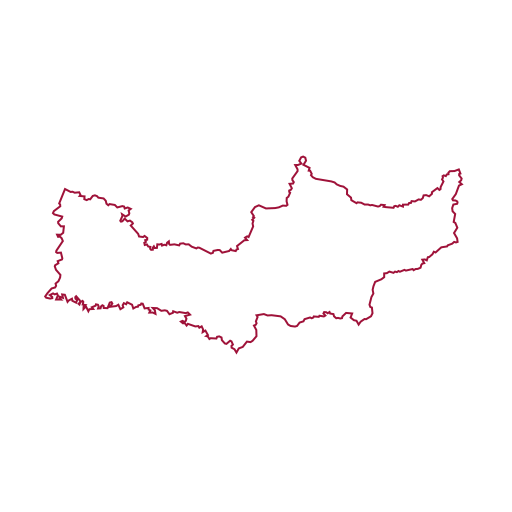 Pinheiro Machado, Rio Grande do Sul, Brazil (Natural Earth projection), rotated 262°
{"feature_id": "56859067B26662322490068", "entity_name": "Pinheiro Machado", "entity_type": "district", "adm_level": 2, "iso_a3": "BRA", "parent_name": "Brazil", "parent_adm1": "Rio Grande do Sul", "projection": "natural_earth1", "projection_center": [-53.403, -31.408], "detail": "fine", "context": "isolated", "style": "outline", "palette": "rose", "viewbox_px": 512, "rotation_deg": 262, "n_neighbors": 0, "source": "geoboundaries", "source_scale": "gbopen_adm2", "svg_char_len": 6064}
<svg xmlns="http://www.w3.org/2000/svg" viewBox="0 0 512 512"><g transform="rotate(262 256 256)"><path d="M163.1,223.2L166.9,226.1L167.8,230.2L172.5,235.1L171.5,238.6L172.5,240.8L176.5,245.3L182.7,246.0L187.4,244.3L187.9,246.1L189.3,247.2L191.3,246.8L195.4,249.1L197.2,248.3L197.4,255.7L195.5,259.2L195.2,263.2L192.8,272.0L189.4,275.7L183.7,278.2L181.9,280.5L180.7,284.8L181.0,286.9L184.0,289.9L184.7,293.9L186.7,295.3L187.6,301.0L186.6,302.5L187.1,304.2L188.1,304.8L187.0,309.7L188.0,310.5L186.7,314.8L187.4,316.4L189.7,314.8L191.0,315.7L190.5,317.8L189.3,319.0L190.3,321.0L188.7,321.4L187.7,324.6L185.4,324.9L183.2,326.8L183.3,328.6L182.4,330.7L182.5,332.5L184.2,333.2L187.1,337.3L185.7,343.2L181.9,341.1L178.8,344.0L177.9,346.5L173.8,348.1L176.4,350.5L178.5,354.7L178.1,356.2L180.3,361.5L183.1,363.4L188.8,363.6L189.6,362.1L192.0,361.6L199.3,364.6L202.5,367.0L206.3,366.8L209.7,368.1L213.8,370.4L215.5,376.9L217.2,380.0L220.9,380.5L220.8,383.2L222.0,385.9L220.2,389.8L221.2,391.5L220.4,393.3L221.3,395.0L220.4,396.3L221.6,401.1L220.7,402.4L221.3,409.3L220.0,410.1L220.9,412.3L220.7,414.3L221.5,417.3L224.3,418.5L225.3,419.7L225.5,421.6L229.2,420.2L229.1,422.7L227.9,424.5L230.9,426.0L230.9,427.4L233.2,431.0L235.5,432.7L234.5,434.3L238.8,440.7L238.9,446.6L239.9,447.4L240.9,452.0L242.4,454.2L241.6,455.9L241.9,457.6L245.5,457.6L251.2,455.3L256.0,459.3L261.0,458.0L262.2,456.5L269.9,459.1L272.9,456.9L276.1,456.9L279.5,458.6L279.7,462.4L280.8,463.0L282.0,462.9L283.2,461.3L283.7,458.8L285.1,458.3L289.5,462.5L297.5,466.8L298.4,469.8L301.0,467.6L302.4,469.7L304.1,470.4L307.6,468.4L308.9,468.6L309.2,469.9L313.5,468.9L312.5,464.4L313.0,459.7L311.7,458.1L310.2,458.0L310.2,456.3L308.7,455.1L309.7,453.2L309.1,451.9L307.5,452.0L306.0,450.9L303.7,452.0L298.7,448.5L296.5,448.0L295.9,446.8L298.0,445.1L294.7,439.1L293.1,438.9L291.0,435.8L292.6,433.0L292.7,430.4L290.1,429.2L288.7,427.1L289.4,424.9L287.9,421.0L288.7,417.7L287.0,416.8L287.2,415.0L285.7,413.9L286.4,408.7L284.5,408.4L286.3,405.0L285.0,403.3L286.2,401.3L286.1,399.9L284.6,398.9L286.3,391.5L287.0,389.2L288.5,390.4L289.4,386.9L288.2,385.4L288.0,383.7L290.4,378.0L290.3,376.2L291.4,374.1L291.8,370.8L294.1,367.6L295.0,364.0L294.3,362.9L298.0,358.2L300.6,358.2L304.5,354.7L309.2,355.5L312.5,352.3L313.7,349.1L315.7,345.9L317.9,344.1L319.4,340.9L324.1,326.0L326.1,323.2L328.4,321.7L329.6,322.6L332.9,321.5L333.2,320.1L335.8,321.3L339.7,315.7L343.4,318.8L346.5,318.5L347.9,316.5L347.4,314.4L344.2,312.1L341.2,313.8L340.3,310.3L340.6,307.5L336.1,309.2L334.3,309.0L327.7,302.7L326.1,302.6L323.9,303.7L322.6,302.8L322.8,299.3L318.1,300.9L316.8,299.9L316.2,298.0L314.9,297.8L313.9,298.6L310.2,296.3L309.2,294.5L305.9,293.9L302.3,294.3L301.5,292.9L302.2,289.6L301.0,285.4L300.8,281.6L301.7,272.5L305.8,265.9L304.6,261.8L300.1,257.4L295.9,259.4L294.9,258.5L294.1,259.5L292.4,257.3L291.2,258.3L288.7,257.1L285.7,257.3L275.8,251.3L276.7,250.0L275.7,247.7L273.0,249.4L273.2,246.6L268.5,238.6L265.4,239.1L265.1,237.6L263.7,236.6L265.2,232.5L266.4,232.0L264.7,230.1L264.0,223.0L266.9,220.9L267.3,219.0L267.0,214.6L265.1,213.7L264.7,211.6L272.1,201.0L272.5,199.5L271.8,198.0L274.2,193.6L276.9,191.0L277.3,187.9L278.7,185.8L278.8,182.6L277.2,181.4L278.9,176.8L279.0,172.4L280.1,171.6L282.6,171.7L281.5,169.8L279.1,168.7L279.9,166.8L279.4,164.4L281.1,164.2L280.8,161.8L281.3,159.9L277.8,159.0L278.0,156.8L279.8,156.2L278.7,155.1L276.6,154.7L276.7,153.0L277.9,152.2L279.7,152.7L280.4,150.6L282.7,149.5L282.4,147.4L284.6,147.2L285.3,148.9L287.1,148.5L287.3,150.5L289.0,150.8L291.4,148.4L290.5,146.9L291.6,142.9L294.3,142.4L303.6,136.2L305.3,138.6L306.6,138.2L308.6,136.1L308.2,133.6L311.3,131.2L309.0,128.5L308.8,127.1L309.8,126.5L314.4,129.4L316.0,129.2L313.2,132.4L314.6,135.8L315.9,136.5L318.8,136.2L320.1,138.5L321.9,135.7L321.3,132.6L323.3,132.3L324.0,130.6L323.4,125.4L326.2,123.3L327.8,118.2L326.8,116.8L328.6,115.2L331.6,114.9L334.2,113.1L335.7,108.0L337.4,106.9L338.5,104.9L338.2,102.7L335.2,99.7L335.7,98.3L334.9,96.1L336.2,93.9L338.9,94.5L340.0,89.8L340.8,90.7L343.7,89.8L343.9,85.3L345.2,83.2L345.2,81.4L348.9,76.2L335.4,68.4L334.3,69.2L332.5,69.1L328.6,62.1L326.7,60.9L325.2,62.1L322.0,69.6L320.3,68.8L317.4,64.8L316.0,64.7L312.5,66.9L312.1,69.9L305.8,68.3L304.2,65.6L304.8,62.0L302.5,62.7L302.6,64.4L300.7,66.0L297.7,66.8L289.1,59.1L287.7,58.6L286.7,59.6L286.5,63.3L280.6,63.9L279.6,63.4L278.5,58.9L276.3,59.3L274.8,55.8L273.8,55.3L270.2,56.0L264.5,59.7L261.9,59.0L258.5,56.8L256.6,53.7L254.3,53.9L252.8,52.7L252.3,49.1L248.3,44.4L245.3,41.6L243.9,42.4L242.5,46.2L242.6,48.4L243.9,48.5L246.0,46.4L247.2,49.8L246.0,51.3L246.5,53.7L244.6,54.3L240.7,52.0L240.0,56.8L241.5,55.6L243.1,55.7L241.4,59.0L244.9,58.7L244.2,61.3L236.8,63.0L238.0,64.3L239.3,67.8L237.2,67.9L234.8,71.4L237.2,72.7L238.9,71.3L240.4,71.3L241.2,72.3L236.6,75.3L234.8,75.7L235.7,78.0L234.6,78.6L232.0,77.6L231.2,80.2L229.8,78.2L227.5,77.8L229.7,80.6L224.6,82.3L226.5,83.6L226.2,87.4L228.1,86.3L229.1,90.2L230.4,90.8L229.7,92.7L227.9,93.2L226.0,92.3L225.8,94.8L227.7,95.6L228.6,97.0L227.8,98.1L225.7,98.0L225.0,101.7L230.2,104.7L230.4,106.5L228.9,107.1L226.0,104.3L225.9,110.5L226.9,112.9L222.2,114.3L223.6,117.5L225.8,117.1L227.7,118.6L226.3,120.7L228.1,122.0L225.0,126.5L221.1,127.2L222.3,130.2L222.2,132.0L223.5,132.6L223.7,135.0L224.9,135.8L224.5,137.2L219.6,138.4L219.5,142.4L217.9,142.2L216.8,143.8L214.8,142.5L214.4,145.9L212.7,148.4L216.3,148.3L218.9,146.5L218.1,150.8L214.9,154.6L214.9,158.1L214.1,160.2L210.4,162.2L211.3,165.8L212.8,166.3L210.8,170.1L211.2,172.2L209.2,178.5L209.6,180.6L207.1,182.5L206.4,177.3L203.6,178.4L201.5,177.4L200.6,176.2L202.0,174.2L201.5,172.5L199.5,174.3L199.5,176.1L196.8,177.6L198.3,179.1L194.7,186.1L194.6,189.2L192.9,189.9L193.9,192.4L190.6,193.4L188.0,192.6L189.2,195.5L184.4,197.4L183.6,195.7L183.0,197.1L180.3,198.3L180.9,199.7L179.8,205.3L181.4,206.2L181.5,208.4L180.1,210.5L177.4,210.5L173.7,213.0L173.1,214.5L175.7,218.6L174.9,219.8L171.5,220.8L170.4,219.2L168.6,219.1L166.7,221.7L163.1,223.2ZM234.8,75.7L233.4,73.6L232.5,74.4L234.8,75.7Z" fill="none" stroke="#9f1239" stroke-width="2"/></g></svg>